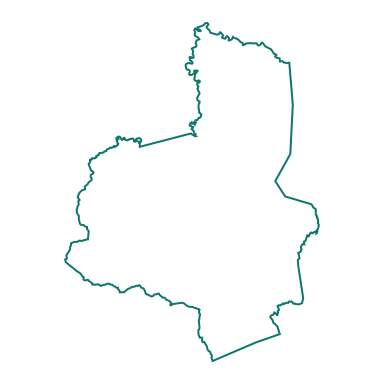 La Pintada, Coclé, Panama (orthographic projection)
{"feature_id": "35544464B73573459744927", "entity_name": "La Pintada", "entity_type": "district", "adm_level": 2, "iso_a3": "PAN", "parent_name": "Panama", "parent_adm1": "Coclé", "projection": "orthographic", "projection_center": [-80.565, 8.715], "detail": "fine", "context": "isolated", "style": "outline", "palette": "teal", "viewbox_px": 384, "rotation_deg": 0, "n_neighbors": 0, "source": "geoboundaries", "source_scale": "gbopen_adm2", "svg_char_len": 5902}
<svg xmlns="http://www.w3.org/2000/svg" viewBox="0 0 384 384"><path d="M88.7,231.3L87.9,239.3L87.0,239.3L85.6,239.9L83.3,240.3L81.7,241.1L79.9,240.6L79.0,240.7L77.7,241.8L74.4,241.9L71.1,243.2L70.9,245.6L70.1,247.0L70.1,249.4L66.4,255.4L66.9,258.6L66.3,259.2L65.2,259.4L65.7,262.1L75.9,270.4L80.8,273.7L82.2,276.2L83.8,277.3L83.4,278.8L83.8,279.9L86.1,280.4L87.3,279.7L88.1,279.9L88.8,280.9L91.9,283.0L92.4,284.7L93.7,284.4L95.7,284.8L97.7,284.2L99.6,285.0L100.8,286.0L102.5,285.2L104.9,284.8L107.3,283.7L108.7,283.7L111.2,284.7L112.1,284.7L114.0,286.3L115.0,286.6L116.5,287.7L118.0,287.8L118.2,289.4L119.5,290.5L119.8,292.3L121.3,292.4L122.5,292.1L123.9,292.3L128.1,288.8L130.1,288.2L132.1,286.9L134.4,286.7L136.0,285.8L137.9,285.9L139.2,285.1L140.1,285.8L141.2,287.6L143.6,288.5L145.2,291.5L145.6,293.5L146.6,294.4L148.1,294.6L149.9,295.8L151.8,296.5L153.0,296.0L154.4,294.5L156.2,294.3L157.6,293.7L158.9,293.7L159.8,295.1L162.7,297.5L164.7,297.8L166.2,299.6L169.2,300.9L170.6,302.1L171.0,302.8L170.3,304.7L170.8,305.3L171.3,305.2L172.5,304.1L182.3,302.7L184.4,303.6L185.7,304.9L188.0,306.4L190.4,306.9L191.9,306.8L199.3,309.4L199.6,309.8L199.0,310.9L199.2,313.0L200.0,314.1L200.0,314.9L199.5,316.5L199.4,318.9L198.8,320.6L199.5,327.4L199.3,329.1L198.4,330.0L198.4,333.3L198.8,335.6L200.0,337.7L201.5,337.5L202.1,337.8L202.3,338.7L201.9,340.2L202.3,341.7L203.0,342.2L203.8,341.8L204.4,342.3L206.8,346.3L207.6,349.6L208.7,351.0L210.2,351.9L210.7,353.8L212.0,355.7L211.5,357.9L212.6,361.0L255.5,342.6L279.8,334.1L277.4,326.4L274.5,323.6L273.3,322.8L272.6,320.0L270.4,317.5L270.5,316.4L271.3,315.5L273.6,314.5L274.3,312.5L275.7,313.2L276.9,315.0L277.3,315.0L278.1,312.2L277.7,311.1L279.1,309.8L277.5,306.2L278.7,305.2L280.0,305.5L281.9,304.3L282.8,304.3L283.1,303.5L283.8,303.8L284.3,303.4L284.8,303.7L286.4,302.8L288.1,302.9L288.5,302.1L289.5,301.4L290.5,301.7L291.1,301.5L292.3,302.0L293.1,303.5L294.0,303.8L294.9,303.5L295.9,304.1L299.3,304.3L302.0,303.2L303.2,298.2L298.3,266.3L297.8,260.0L299.2,258.8L299.5,258.2L298.3,252.8L299.3,252.5L301.0,251.2L301.0,250.2L301.6,249.6L301.0,247.8L301.2,246.2L302.5,244.2L304.3,244.4L303.9,241.6L305.6,240.9L307.2,235.4L307.9,235.4L308.3,236.3L308.7,236.3L309.9,233.8L311.2,232.5L311.7,232.5L312.3,233.2L313.1,233.1L314.0,232.1L315.4,231.8L315.9,231.3L316.3,231.6L316.2,233.5L316.9,233.0L317.5,231.0L317.1,229.9L318.3,228.0L318.8,224.8L317.9,223.2L318.2,222.5L318.0,219.1L317.2,218.5L317.3,217.3L316.7,216.9L316.8,215.8L315.8,214.6L315.8,209.4L315.1,208.6L313.4,207.6L311.6,204.3L285.2,196.5L275.3,181.1L290.3,154.0L292.8,104.8L289.3,62.8L288.6,62.6L286.6,63.2L284.8,62.5L284.0,62.6L282.5,61.2L280.0,61.5L279.6,58.4L276.4,57.7L275.2,56.7L275.4,56.0L276.4,55.3L276.3,54.7L273.9,53.6L271.1,49.4L265.0,46.2L263.2,43.4L262.2,42.7L261.7,42.7L260.7,44.4L258.8,45.6L257.5,44.9L256.7,43.3L252.8,43.4L251.0,43.1L246.0,43.5L243.2,45.3L242.8,44.9L243.0,43.8L242.8,43.3L241.4,42.2L240.5,42.1L238.9,40.2L237.7,39.3L236.3,38.5L234.4,38.1L233.0,36.9L231.8,39.4L229.0,40.6L228.6,40.2L229.0,38.0L227.3,36.2L226.7,36.2L225.2,38.7L222.3,37.8L222.1,37.2L223.1,35.3L220.4,32.3L219.8,32.5L219.3,33.8L217.2,34.7L210.4,32.8L209.4,30.2L207.3,28.4L206.6,27.3L206.9,26.4L208.4,24.5L208.1,23.8L207.3,23.0L205.2,23.2L204.1,24.7L201.9,26.0L197.5,27.3L197.5,28.5L200.5,30.4L200.7,30.8L200.4,31.2L198.3,31.0L196.3,29.1L195.2,28.5L194.2,30.0L195.2,32.2L194.7,35.4L198.2,37.7L199.3,39.3L196.8,40.4L196.1,41.5L195.7,43.4L196.6,45.2L196.1,46.5L194.8,47.3L192.3,48.2L191.8,48.8L193.2,50.9L192.6,53.9L193.5,55.8L193.6,57.6L191.9,58.0L191.6,57.4L190.6,57.0L189.7,57.2L189.5,57.7L190.2,60.4L191.8,61.3L192.4,62.6L192.5,63.3L191.9,63.7L189.0,63.1L187.8,63.2L186.0,64.1L185.6,65.1L186.5,69.1L187.3,69.7L188.8,69.8L189.5,70.4L189.8,71.7L189.1,74.1L189.8,74.9L191.3,75.0L193.4,73.9L194.5,72.7L194.5,72.0L194.1,71.2L194.5,70.6L197.5,70.7L197.5,71.2L195.4,73.5L194.3,79.3L194.8,80.1L196.3,81.2L198.6,80.5L199.5,80.7L199.9,81.3L199.5,82.3L198.9,82.7L197.7,82.7L197.1,83.9L197.2,84.8L198.4,86.6L198.0,87.0L197.9,88.4L197.5,88.8L197.5,89.5L199.2,92.2L199.5,93.6L197.4,97.4L197.1,98.9L197.7,100.5L199.6,101.4L199.5,102.9L198.7,104.0L198.5,107.9L199.1,110.2L199.2,112.8L200.4,113.4L201.3,114.4L200.6,117.0L200.0,117.7L198.7,118.0L197.4,119.9L195.5,120.3L195.4,121.2L195.9,122.7L194.7,123.7L194.7,124.5L194.0,124.0L193.7,122.6L192.5,123.7L191.6,123.6L191.5,122.4L190.3,123.4L189.6,125.1L189.8,125.6L191.6,126.4L192.1,127.2L193.1,127.1L192.8,128.0L191.9,128.7L191.7,129.2L193.8,131.1L193.9,132.5L194.7,133.7L195.5,134.1L195.0,135.5L195.9,136.1L195.1,136.3L190.8,133.5L139.8,146.8L139.9,143.4L138.9,142.9L138.6,141.7L140.6,141.7L141.2,141.4L141.4,140.7L140.7,139.0L139.5,138.1L136.6,138.7L135.2,140.1L136.5,140.4L136.7,141.0L135.7,141.6L134.3,141.6L134.0,141.3L134.2,140.3L132.7,138.5L129.2,139.2L128.7,139.9L126.8,140.4L124.2,139.2L124.7,138.3L124.2,137.9L123.2,138.4L122.1,139.9L121.7,139.7L119.9,136.8L118.2,136.6L117.9,137.4L118.4,138.8L117.9,138.8L116.9,137.5L116.5,137.8L116.4,139.3L117.2,140.5L116.8,141.1L117.4,141.7L117.5,143.2L118.3,143.8L117.7,145.0L117.0,145.3L116.4,146.2L115.2,146.2L114.6,147.0L114.2,146.7L114.2,146.0L114.0,145.9L112.8,147.4L112.1,147.5L111.5,147.9L110.2,147.5L109.1,148.6L107.5,149.0L106.6,150.0L106.4,150.9L104.3,151.5L103.8,152.3L101.6,152.9L99.5,153.0L99.4,153.7L98.5,154.3L98.5,155.1L96.4,155.9L96.6,157.1L95.6,157.4L95.3,158.2L92.2,158.3L92.3,158.8L91.5,159.0L91.5,159.5L90.0,159.8L90.0,160.6L90.4,160.8L90.2,161.9L88.8,163.6L88.7,164.2L89.1,164.6L89.2,165.7L91.2,170.8L92.5,171.2L93.6,172.5L92.9,173.8L91.1,174.6L90.7,175.2L90.7,177.0L91.6,178.3L91.6,179.9L88.7,182.3L87.5,184.4L85.4,185.9L84.7,187.1L85.1,189.2L81.6,190.6L79.9,192.3L78.7,194.1L77.7,197.4L79.6,200.0L78.3,201.3L78.7,204.4L77.6,206.6L76.6,210.0L77.2,213.5L78.9,216.0L78.7,218.5L79.9,223.7L80.8,224.7L83.8,225.1L85.0,226.5L87.1,227.0L87.0,228.9L88.7,231.3Z" fill="none" stroke="#0f766e" stroke-width="2"/></svg>